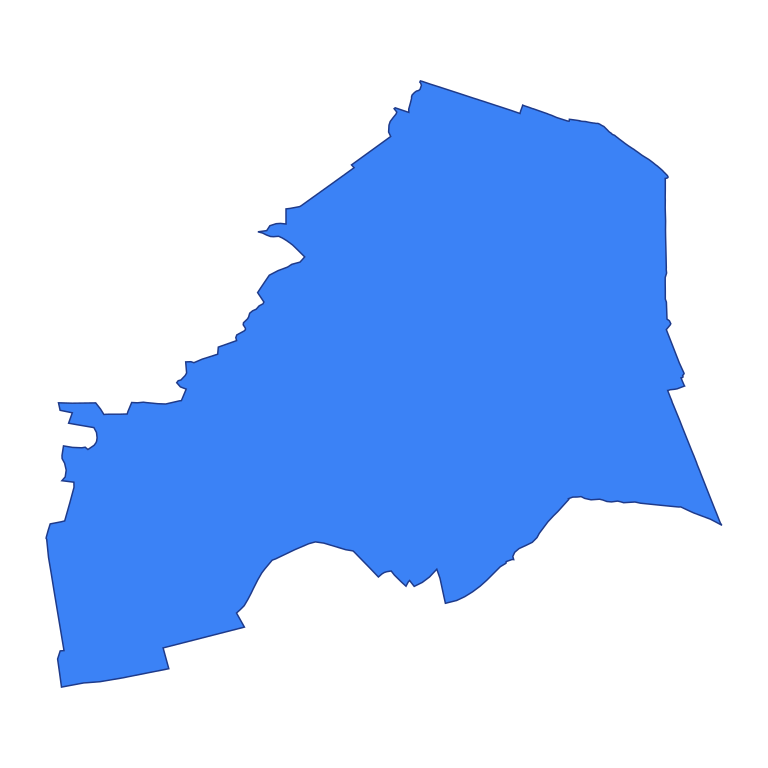 the district of Salacea, Bihor, Romania
{"feature_id": "2599482B49985047544028", "entity_name": "Salacea", "entity_type": "district", "adm_level": 2, "iso_a3": "ROU", "parent_name": "Romania", "parent_adm1": "Bihor", "projection": "equal_earth", "projection_center": [22.294, 47.457], "detail": "fine", "context": "isolated", "style": "filled", "palette": "blue", "viewbox_px": 768, "rotation_deg": 0, "n_neighbors": 0, "source": "geoboundaries", "source_scale": "gbopen_adm2", "svg_char_len": 5579}
<svg xmlns="http://www.w3.org/2000/svg" viewBox="0 0 768 768"><path d="M445.4,603.3L446.0,603.2L446.6,603.0L453.0,601.4L456.1,600.6L456.4,600.6L464.7,596.7L472.6,591.8L480.1,586.2L486.7,580.3L500.3,566.7L506.0,563.2L506.2,561.6L512.0,559.5L513.7,559.6L512.8,556.5L514.7,552.3L519.0,548.6L526.6,545.1L532.3,542.3L537.0,537.6L539.3,533.3L548.0,521.7L553.4,515.9L557.7,511.7L568.8,499.4L568.4,498.7L572.7,497.1L577.4,497.0L581.1,496.6L584.7,498.4L591.0,499.8L599.7,499.2L601.1,499.6L602.5,499.9L606.9,501.5L611.5,501.9L617.6,501.1L620.7,501.8L623.6,502.7L635.0,502.0L640.5,503.2L662.1,505.4L668.2,506.0L674.3,506.6L678.8,507.0L680.7,506.9L691.2,511.8L693.9,513.0L709.9,519.0L710.4,519.2L715.2,521.7L721.2,524.9L721.9,525.4L721.5,524.9L721.2,524.3L720.4,523.1L719.9,521.9L716.6,513.5L714.9,509.3L709.4,495.5L702.7,478.5L700.8,473.7L699.6,470.5L699.1,469.4L698.9,468.8L697.8,466.1L697.7,465.8L697.4,465.2L696.5,462.5L695.7,460.5L695.4,459.7L695.0,458.6L694.7,458.0L694.0,456.1L693.1,454.0L691.6,450.4L688.2,441.9L682.4,427.4L679.8,420.7L675.4,410.0L674.9,408.7L674.4,407.6L674.1,406.8L672.9,403.9L672.5,403.1L671.4,399.8L670.5,397.8L669.8,396.0L669.2,394.4L668.6,392.9L667.9,391.1L667.7,390.5L667.9,390.5L668.9,390.2L669.8,389.8L670.6,389.7L674.5,389.3L677.2,388.8L684.6,386.0L684.3,385.6L682.0,380.3L681.5,378.9L681.0,377.9L681.8,377.6L682.6,377.4L683.0,377.0L682.9,376.2L682.7,375.8L682.6,375.5L682.7,375.3L683.2,374.9L683.6,374.5L684.1,373.4L679.3,362.9L678.1,359.8L672.8,346.2L666.3,329.6L670.3,324.8L670.8,323.7L669.4,320.8L667.0,319.1L666.4,302.1L665.3,299.1L665.3,291.2L665.2,283.3L665.2,277.5L665.9,275.3L666.6,273.0L666.2,269.4L666.3,267.6L666.0,253.3L665.8,245.2L665.6,237.0L665.5,229.7L665.6,221.1L665.2,207.7L665.3,200.1L665.2,197.5L665.3,190.6L665.3,180.1L665.2,178.4L666.3,178.3L667.5,177.9L667.7,177.7L667.9,177.4L668.1,177.1L667.9,176.6L667.6,176.0L667.3,175.5L664.5,172.6L663.4,171.6L662.9,170.9L660.7,168.9L658.7,167.2L657.2,165.9L655.5,164.7L653.1,162.7L650.6,160.8L648.7,159.4L644.6,156.9L641.9,155.2L638.1,152.4L635.4,150.5L633.8,149.3L633.3,149.0L632.6,148.6L630.5,147.2L629.6,146.6L628.5,145.9L626.7,144.6L625.4,143.7L624.2,142.8L623.6,142.3L621.2,140.5L619.3,139.1L618.1,138.1L616.0,136.5L614.6,135.3L612.5,134.5L610.8,132.9L609.6,132.2L608.6,131.3L607.6,130.2L606.3,128.9L604.9,127.5L603.9,126.5L601.9,125.5L599.8,124.2L598.9,123.8L597.9,123.4L595.9,123.4L594.4,123.1L593.1,123.0L590.7,122.6L589.5,122.4L588.5,122.2L588.0,122.1L587.1,121.9L586.3,121.7L585.3,121.5L583.1,121.4L581.9,121.3L581.2,121.2L580.1,121.0L580.2,120.9L579.5,120.7L576.9,120.3L570.4,119.4L569.7,119.4L569.4,119.3L569.2,121.1L568.3,121.2L566.9,120.8L556.6,117.5L551.8,115.4L548.1,114.1L547.6,113.8L542.4,112.0L541.6,111.7L540.7,111.4L533.6,108.9L533.4,108.8L532.7,108.7L529.2,107.4L524.1,105.7L523.9,105.6L522.7,105.1L522.3,106.5L520.6,111.1L520.6,111.4L520.5,111.6L520.2,112.4L520.0,113.5L510.8,110.3L497.7,106.0L495.4,105.3L495.2,105.2L494.9,105.1L488.8,103.1L487.8,102.8L484.3,101.6L479.5,100.1L477.8,99.5L473.6,98.2L457.2,92.8L441.5,87.7L433.4,85.1L430.2,84.1L422.0,81.3L421.6,81.2L421.0,81.1L420.7,81.0L420.6,80.9L420.4,80.9L420.3,81.2L419.8,82.1L420.2,82.6L420.6,83.0L421.4,85.3L420.2,88.9L420.0,89.4L418.6,90.5L416.4,91.1L414.4,92.6L412.1,95.0L411.5,97.0L411.6,98.2L410.5,102.6L410.4,103.0L409.3,107.0L408.7,109.2L408.8,112.4L395.2,107.8L394.1,108.7L396.8,112.1L396.0,114.1L393.3,117.4L390.2,121.5L389.0,125.1L388.6,132.0L390.7,136.5L351.5,164.9L354.1,167.7L341.8,176.6L301.2,205.7L300.1,206.4L299.2,206.7L290.1,208.4L286.0,208.9L286.0,224.0L280.5,223.4L276.1,223.7L273.0,224.7L269.9,225.7L266.7,230.6L263.1,231.1L257.9,231.8L260.9,232.6L262.5,233.0L263.1,233.3L266.5,235.0L270.5,236.5L273.6,236.7L275.7,236.5L278.7,236.3L279.8,236.8L281.2,237.5L282.0,237.8L284.5,239.3L286.9,240.8L292.5,244.9L295.1,247.4L304.7,256.9L300.0,262.1L291.8,264.3L287.5,267.1L278.1,270.6L269.3,275.2L265.0,281.5L260.7,287.9L257.6,292.6L263.9,302.0L263.0,303.8L259.1,305.9L256.2,309.2L252.6,310.8L249.7,313.2L248.6,317.0L247.5,318.9L243.5,322.7L243.2,324.8L245.4,328.2L245.4,329.7L244.2,330.9L236.8,334.9L235.8,337.6L236.6,340.6L218.3,347.1L218.0,350.6L217.7,354.2L202.3,359.1L193.9,362.7L190.9,361.7L185.7,361.9L186.6,373.0L185.2,375.5L180.9,380.0L178.2,380.7L176.7,382.7L180.4,386.9L186.2,389.1L181.4,400.6L179.2,400.9L165.7,404.0L157.6,403.7L152.7,403.2L146.4,402.6L143.4,402.2L137.4,402.8L131.7,402.5L127.9,411.6L127.2,414.0L120.2,414.2L110.3,414.2L105.8,414.3L103.9,414.5L100.5,409.0L95.7,402.9L72.2,403.2L58.5,402.8L60.1,410.3L72.3,412.8L68.6,423.2L76.4,424.6L93.9,427.6L96.5,432.5L97.1,437.8L96.6,441.2L96.0,442.7L94.1,445.3L87.9,449.5L85.2,447.2L81.8,447.8L72.5,447.4L63.5,445.9L62.0,455.5L62.1,458.6L64.6,463.2L66.2,470.1L65.2,476.9L61.9,480.7L73.9,482.2L74.0,487.3L69.8,502.9L64.7,520.9L61.1,521.8L50.2,523.9L49.6,525.7L49.4,526.5L48.3,529.9L46.3,537.1L46.1,538.3L46.7,539.3L48.5,557.3L51.3,573.9L54.0,590.6L64.0,650.6L60.2,650.9L57.6,659.0L59.6,673.1L60.7,681.2L61.5,687.1L70.0,685.5L83.9,682.9L87.2,682.7L100.0,681.7L123.6,677.7L127.9,676.8L168.8,668.7L163.1,647.9L244.4,627.1L236.5,613.0L240.2,609.7L244.2,605.7L247.9,599.4L251.1,593.3L253.2,588.9L257.8,579.8L261.8,572.9L264.7,569.1L271.8,560.6L272.3,560.1L275.6,558.9L281.4,556.1L295.0,549.6L308.8,543.7L315.4,541.9L323.8,543.1L345.7,549.7L352.9,550.9L353.9,551.7L370.0,568.2L378.4,577.0L382.0,573.9L384.3,572.5L386.8,571.7L391.2,571.0L394.4,575.1L401.7,582.3L406.0,586.2L408.1,582.2L409.6,580.5L414.2,586.4L422.3,582.4L429.5,577.0L436.8,569.2L440.0,578.3L443.7,595.6L445.4,603.3Z" fill="#3b82f6" stroke="#1e3a8a" stroke-width="1.5"/></svg>